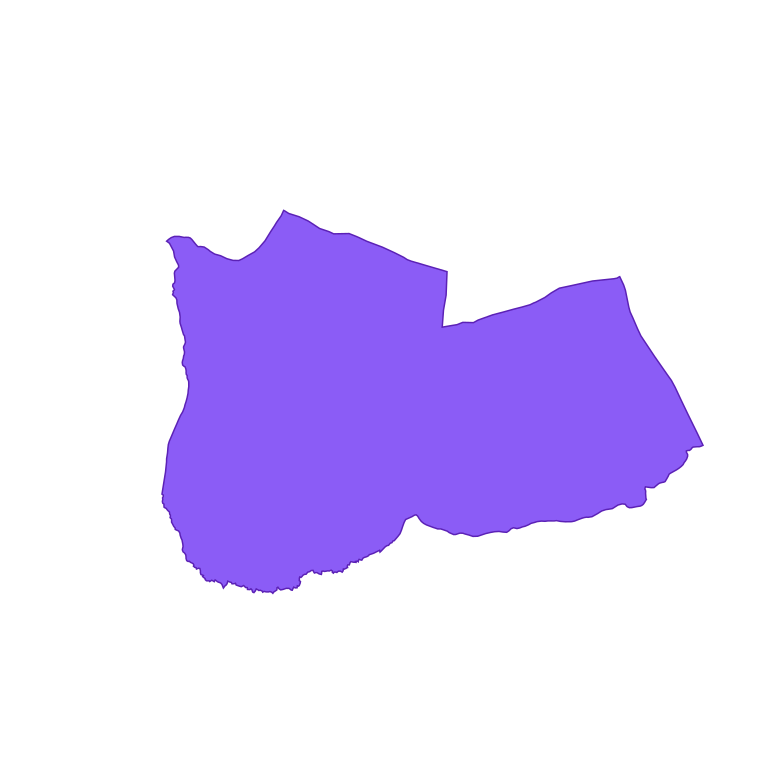 Basedth, Kâmpóng Spœ, Cambodia, rotated 331°
{"feature_id": "14789045B19080448821327", "entity_name": "Basedth", "entity_type": "district", "adm_level": 2, "iso_a3": "KHM", "parent_name": "Cambodia", "parent_adm1": "Kâmpóng Spœ", "projection": "robinson", "projection_center": [104.498, 11.199], "detail": "fine", "context": "isolated", "style": "filled", "palette": "violet", "viewbox_px": 768, "rotation_deg": 331, "n_neighbors": 0, "source": "geoboundaries", "source_scale": "gbopen_adm2", "svg_char_len": 6171}
<svg xmlns="http://www.w3.org/2000/svg" viewBox="0 0 768 768"><g transform="rotate(331 384 384)"><path d="M380.4,183.5L375.7,187.0L368.5,190.5L364.3,192.9L359.1,195.6L349.3,201.1L340.7,204.3L334.9,205.7L327.6,205.7L320.9,205.9L316.9,205.6L311.9,202.7L307.3,198.2L303.3,192.6L298.9,188.3L296.4,183.9L295.4,181.3L293.1,177.0L291.9,176.1L290.3,174.9L288.4,174.0L287.7,173.4L287.0,170.2L286.0,164.4L285.3,162.3L284.0,160.9L281.6,159.5L280.4,159.0L279.3,158.1L276.5,155.7L272.2,153.3L268.9,152.8L265.7,153.1L263.1,153.7L264.6,156.9L264.4,165.7L262.4,171.4L262.0,176.3L261.9,180.4L261.0,182.3L255.8,183.9L254.4,185.4L251.7,191.5L251.0,192.7L249.8,194.0L247.8,194.4L246.6,196.0L246.5,199.8L245.7,200.2L244.4,200.5L244.2,201.8L242.4,203.4L243.4,206.5L243.8,207.8L243.6,210.0L242.0,213.2L240.5,218.5L239.9,222.2L238.2,226.6L235.9,230.2L235.1,232.1L234.2,236.6L233.7,238.6L232.6,243.7L232.9,245.0L231.3,249.3L230.7,251.1L229.6,252.2L228.0,253.4L227.0,254.0L226.2,255.2L225.1,259.2L223.7,261.3L222.4,262.3L220.8,264.4L218.9,266.2L217.9,267.5L217.1,269.8L217.7,271.6L218.3,272.5L218.0,274.7L217.3,276.6L216.3,278.3L215.7,279.9L216.0,281.0L214.8,283.2L214.6,284.8L214.6,286.1L214.3,287.3L213.3,289.2L212.0,291.6L209.8,294.5L208.1,297.1L205.1,300.6L202.4,303.4L199.8,305.8L198.1,307.7L194.5,310.7L190.9,312.8L186.8,315.8L183.5,318.4L179.0,321.8L171.6,327.6L168.6,329.9L166.1,332.3L164.0,335.2L161.2,339.4L157.6,344.0L156.0,346.8L150.2,355.1L148.3,357.5L136.4,372.7L137.1,374.2L136.3,375.5L135.1,376.2L134.6,377.6L133.2,379.3L132.7,380.9L133.3,382.4L132.5,383.8L131.9,385.1L132.4,386.1L133.2,387.2L133.4,389.0L133.7,390.3L134.3,391.8L133.5,393.9L133.6,395.1L132.8,396.5L132.1,397.2L132.7,398.9L131.9,400.7L131.2,401.8L131.2,403.6L131.1,406.5L131.5,408.8L130.9,410.0L132.1,411.7L133.1,412.9L133.2,415.3L132.4,417.5L131.8,420.6L131.7,422.5L130.3,426.8L129.4,428.8L128.0,430.3L127.2,431.3L126.9,433.4L127.6,435.0L127.8,437.3L127.0,439.3L126.3,440.6L125.8,442.8L126.6,444.2L127.9,444.8L128.2,446.1L129.4,447.7L130.0,448.7L129.9,450.3L129.0,450.9L129.6,452.6L130.6,453.5L130.3,454.9L132.4,455.2L133.5,456.1L132.9,458.3L131.9,460.1L131.5,461.9L133.2,463.9L132.0,464.5L133.2,467.5L132.8,468.4L133.3,470.0L134.4,470.7L135.6,471.3L135.8,472.3L138.2,472.1L139.1,473.5L139.7,474.6L141.3,473.5L141.8,474.4L142.4,476.0L142.9,476.8L144.6,478.7L145.1,480.7L144.6,484.6L147.3,483.4L148.5,483.3L149.9,482.6L151.8,480.7L153.0,482.3L154.3,483.6L154.2,485.1L156.1,486.0L157.5,486.3L157.2,488.1L159.4,490.6L160.9,492.1L163.5,492.2L164.0,493.7L164.2,494.8L165.7,495.8L165.0,497.5L167.0,498.8L168.3,498.6L168.7,500.1L168.4,501.3L168.3,502.4L169.1,503.4L171.2,502.6L172.9,501.3L173.9,502.8L174.4,503.9L175.8,504.4L177.0,506.0L177.0,507.3L178.5,507.2L180.0,508.6L182.3,509.9L183.6,510.2L184.8,511.6L185.3,513.2L186.7,512.5L190.4,512.2L191.7,510.3L192.7,510.3L192.9,512.2L193.8,514.0L196.0,514.7L199.3,515.3L201.9,516.7L202.9,519.2L203.8,519.9L204.8,519.1L206.5,517.9L207.5,519.3L209.2,520.1L210.4,518.5L211.3,519.4L212.3,519.1L214.2,517.5L215.2,516.2L214.6,514.9L216.0,512.6L216.9,511.9L217.6,512.9L219.0,512.6L220.3,512.0L222.0,511.9L223.7,512.6L226.0,511.6L228.1,512.1L229.8,511.8L231.6,512.6L231.4,514.6L231.5,515.6L233.0,515.9L234.0,516.5L235.2,518.7L236.9,520.2L237.7,519.3L238.7,517.7L240.1,518.1L241.1,519.1L242.2,519.5L244.4,520.2L245.4,521.0L247.5,521.2L248.2,522.6L247.5,523.6L248.0,524.9L249.2,524.4L250.7,525.2L251.4,526.0L253.3,525.6L255.1,526.5L256.2,528.3L257.6,527.6L258.8,526.1L259.5,526.7L260.4,526.7L261.4,526.9L262.3,526.7L263.2,526.9L263.6,525.4L264.8,524.6L266.0,525.4L267.7,523.8L268.9,523.3L270.8,525.0L271.8,525.6L273.0,526.4L273.1,525.4L274.8,526.0L275.3,527.0L276.3,525.8L277.2,525.3L278.3,526.6L279.2,527.3L281.1,526.2L282.6,526.1L285.3,526.7L287.3,526.7L288.4,526.1L289.5,526.4L292.9,527.0L295.4,527.1L299.5,527.3L299.0,529.1L300.6,528.7L306.1,527.0L308.1,526.8L309.8,527.3L312.2,526.3L314.0,526.6L315.9,525.6L317.0,526.0L322.4,524.0L325.4,522.7L328.4,520.3L331.3,517.6L334.4,514.9L337.2,513.0L344.2,513.6L347.0,513.5L348.7,514.0L349.4,515.8L349.5,518.7L350.0,522.3L351.1,525.1L352.8,527.8L357.5,533.3L359.1,535.0L360.6,536.7L363.4,538.3L364.8,539.8L368.0,543.4L369.0,545.6L370.6,547.7L372.0,549.5L373.8,550.4L377.1,551.0L378.4,551.4L380.7,552.8L381.6,553.9L383.0,555.3L385.1,557.3L387.9,560.4L392.2,562.6L400.4,564.1L405.3,565.5L409.1,566.8L413.1,568.7L416.2,571.1L419.4,573.2L422.1,573.0L424.9,572.2L427.6,572.5L430.2,574.9L432.9,575.7L435.9,576.1L438.4,576.8L442.2,577.2L445.2,577.2L448.2,578.0L451.2,578.6L455.2,580.2L458.2,582.1L460.7,583.1L463.7,584.7L466.3,586.2L468.6,587.1L471.7,589.7L475.8,592.4L481.4,595.4L484.3,596.3L487.7,596.7L492.2,597.4L494.4,597.9L496.7,598.7L497.8,599.5L501.6,600.9L507.9,600.9L512.8,600.6L517.1,601.4L521.6,603.1L523.4,603.7L526.6,603.5L530.0,603.3L534.1,604.3L536.7,606.1L537.1,608.9L537.8,610.1L538.7,611.2L540.9,612.3L545.7,613.8L548.9,615.0L550.6,615.2L552.5,614.9L554.7,613.8L556.0,613.0L557.6,612.1L557.6,611.1L559.9,606.2L560.6,605.2L561.3,603.5L561.2,602.3L562.8,600.7L567.4,604.2L570.0,605.5L571.3,605.2L574.8,604.5L576.6,604.3L577.8,604.5L579.7,605.0L581.1,605.5L582.6,605.6L585.5,603.9L587.9,602.4L589.6,601.1L591.1,600.9L598.1,600.9L600.9,600.7L604.0,600.2L606.5,599.5L608.5,598.2L610.2,597.5L612.4,596.3L614.6,594.3L615.4,592.8L615.4,590.3L616.0,589.1L617.8,589.5L618.9,590.2L620.7,590.0L622.1,589.3L623.7,589.0L626.0,590.0L627.3,590.6L628.4,591.2L629.6,591.8L631.0,592.1L633.3,592.3L634.1,579.0L635.1,558.3L636.0,543.0L637.0,528.1L637.1,520.3L636.3,513.3L634.0,491.1L632.0,466.4L632.5,458.8L633.7,446.8L634.2,440.3L635.4,435.4L640.6,419.0L641.6,413.6L642.2,404.4L641.2,404.3L639.2,404.4L636.1,403.4L616.3,395.0L595.9,388.9L583.8,385.2L574.5,385.4L566.6,386.3L556.1,386.0L554.3,385.7L550.2,385.5L542.0,383.6L533.6,381.4L523.2,378.9L512.6,376.2L497.3,373.7L492.0,373.7L482.8,368.3L476.6,367.5L471.9,365.8L465.9,363.7L462.5,362.5L471.8,348.3L481.4,336.4L493.6,316.3L467.3,289.7L464.6,286.5L462.6,282.7L456.7,274.1L449.0,263.6L438.2,250.9L433.0,243.7L431.3,241.5L426.4,235.5L412.8,228.3L409.7,224.0L403.1,216.8L396.8,204.8L390.8,196.5L383.4,188.7L381.1,184.5L380.4,183.5Z" fill="#8b5cf6" stroke="#5b21b6" stroke-width="1.5"/></g></svg>